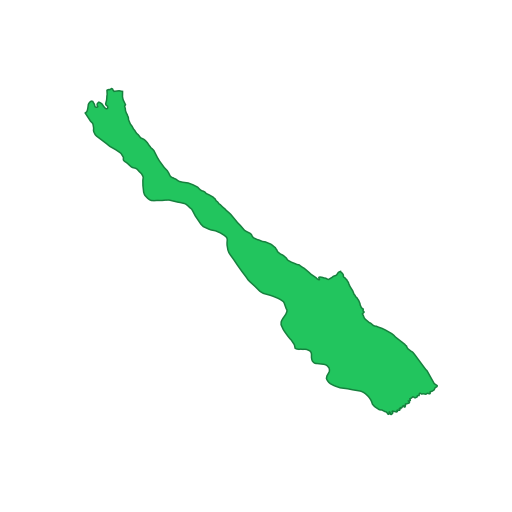 Suaréz, Tolima, Colombia (Natural Earth projection), rotated 302°
{"feature_id": "7082276B98647828485623", "entity_name": "Suaréz", "entity_type": "district", "adm_level": 2, "iso_a3": "COL", "parent_name": "Colombia", "parent_adm1": "Tolima", "projection": "natural_earth1", "projection_center": [-74.802, 4.081], "detail": "fine", "context": "isolated", "style": "filled", "palette": "green", "viewbox_px": 512, "rotation_deg": 302, "n_neighbors": 0, "source": "geoboundaries", "source_scale": "gbopen_adm2", "svg_char_len": 6054}
<svg xmlns="http://www.w3.org/2000/svg" viewBox="0 0 512 512"><g transform="rotate(302 256 256)"><path d="M286.8,34.8L286.8,35.3L282.6,44.3L282.0,47.0L281.2,48.1L278.5,50.5L276.3,51.7L275.4,52.6L273.7,55.3L273.2,57.2L272.1,69.2L271.5,74.0L271.8,80.8L271.6,86.1L271.4,87.3L269.4,91.3L267.6,92.3L267.1,92.8L266.8,93.6L266.6,94.8L266.6,96.7L265.6,102.4L265.5,103.2L265.6,104.4L266.6,107.4L266.6,109.3L265.7,112.3L265.4,114.0L265.0,115.5L263.7,117.8L262.9,118.7L260.3,119.9L255.8,122.8L250.6,126.9L249.1,128.7L248.5,129.8L247.5,133.6L247.3,136.0L247.6,137.8L248.9,140.2L250.6,142.5L253.3,146.9L255.2,149.3L257.4,152.6L260.2,161.0L261.2,163.4L262.7,167.9L262.8,169.2L262.5,171.6L261.9,174.3L261.8,175.4L261.6,176.7L260.4,178.9L257.8,183.3L253.8,192.4L253.0,195.7L253.8,201.9L254.3,204.1L255.9,208.3L256.7,213.4L256.7,218.1L256.4,220.3L256.1,221.3L255.5,222.2L254.4,223.1L251.9,224.4L249.9,225.7L246.3,228.9L244.5,231.2L243.3,233.7L241.2,238.9L238.6,244.7L235.5,252.1L232.7,259.4L231.6,261.8L231.0,264.2L229.8,270.8L228.2,277.7L228.1,279.3L228.2,282.0L230.2,288.8L230.9,291.8L231.8,297.0L232.0,299.7L231.9,302.2L231.8,303.4L231.3,304.5L227.2,309.7L226.8,310.7L225.4,311.6L222.7,312.1L221.3,312.1L217.5,311.9L214.9,312.0L213.4,312.3L211.0,313.7L208.2,317.9L207.0,320.4L205.0,325.3L203.8,328.8L203.5,330.2L201.1,335.5L198.5,338.1L198.7,339.7L199.6,341.9L200.6,343.1L201.5,344.9L202.9,347.0L203.6,348.5L204.1,351.9L203.4,353.9L202.1,355.1L199.2,356.9L197.6,358.4L196.8,359.5L196.3,361.2L196.2,362.3L196.5,363.6L197.2,364.8L200.1,370.9L200.6,372.4L200.7,373.6L200.6,374.9L200.2,376.0L199.7,377.4L198.3,378.7L196.7,379.5L191.9,379.7L189.5,380.6L188.7,381.7L188.0,383.1L187.4,384.7L187.1,386.8L187.4,390.6L187.8,392.8L188.8,397.2L192.0,404.1L193.7,408.7L196.7,415.9L197.1,417.4L197.3,419.7L197.2,421.8L196.6,424.9L196.0,426.9L194.9,429.4L193.7,431.3L192.1,433.2L191.4,435.3L191.1,437.0L191.0,441.9L191.4,443.0L192.1,444.3L192.4,448.0L192.8,448.8L192.5,450.3L191.9,451.4L191.9,452.0L192.0,452.3L192.4,452.5L193.0,452.3L194.1,451.7L194.4,451.7L194.5,452.1L194.3,452.7L193.1,453.9L193.1,454.4L193.4,454.8L195.0,455.2L195.8,454.9L196.2,453.9L196.7,453.9L197.0,454.3L198.1,457.6L198.3,457.9L199.1,458.3L199.4,458.1L199.5,457.5L200.2,457.5L200.8,458.8L201.3,459.5L201.7,459.5L202.0,459.3L202.4,458.5L202.6,458.4L202.9,458.5L203.1,459.4L203.4,459.7L203.7,459.6L204.1,459.2L204.4,459.8L204.8,460.1L206.2,459.9L207.2,460.4L207.5,460.9L207.4,461.1L206.8,461.2L206.5,461.5L206.5,461.8L206.9,462.3L208.1,462.1L209.6,461.2L209.8,461.3L210.3,462.0L212.4,463.7L213.2,463.7L213.4,463.5L213.8,462.2L215.1,463.4L215.5,463.3L215.8,463.0L216.1,462.2L216.4,462.1L217.8,463.0L219.7,463.6L219.9,464.1L219.9,465.7L220.0,466.1L221.7,467.2L222.0,467.3L222.9,466.9L223.5,467.4L224.1,468.2L225.7,467.5L226.3,467.6L226.6,467.9L226.7,469.6L227.4,470.4L227.7,470.6L228.8,473.3L229.9,473.8L230.6,474.4L230.9,475.8L231.3,476.4L232.1,476.4L232.7,475.7L233.0,475.7L233.3,475.8L234.5,476.9L236.4,477.8L236.9,478.0L239.1,477.7L240.0,478.1L240.9,478.6L241.7,478.6L242.1,478.3L242.2,475.3L242.3,474.6L249.0,462.4L249.4,461.6L249.6,460.4L250.3,458.5L256.6,442.5L257.4,440.1L257.5,439.1L257.4,438.0L257.8,434.1L258.5,432.4L259.4,431.4L259.5,429.9L259.9,429.2L261.2,417.0L261.8,414.9L262.1,412.2L261.8,405.0L261.4,401.2L260.5,397.3L260.2,395.2L259.5,394.0L259.4,393.2L259.3,392.1L259.8,388.6L259.5,387.6L260.3,382.1L260.9,380.5L262.5,378.4L263.3,376.9L265.6,377.4L266.0,377.0L266.2,375.8L267.8,375.1L268.0,372.8L269.7,370.3L270.8,369.3L272.8,366.5L273.2,365.3L273.9,364.2L274.3,362.1L275.3,360.4L275.4,359.6L277.7,356.5L280.3,351.2L280.7,350.9L281.3,349.7L282.2,348.8L282.7,348.0L283.6,345.9L284.0,345.5L284.0,344.9L284.6,343.0L284.6,341.8L284.7,341.3L285.0,340.9L286.1,340.2L286.7,339.2L287.1,338.3L287.3,336.5L287.8,335.9L286.5,334.9L285.6,334.5L282.6,334.4L281.8,334.0L279.7,332.3L278.2,331.9L277.8,331.6L274.8,330.1L274.4,329.7L274.2,329.0L274.2,327.5L273.9,326.3L273.5,325.6L273.1,323.8L272.2,321.6L271.6,320.8L271.0,320.7L269.6,322.3L269.3,322.1L269.0,321.2L269.0,320.2L269.4,318.4L269.7,312.0L270.2,309.6L271.1,303.4L271.0,301.4L271.1,300.3L271.1,298.9L271.3,297.7L271.3,297.2L270.5,295.2L270.2,292.9L269.5,289.3L269.3,285.5L269.5,284.3L270.1,283.4L270.3,282.9L270.9,279.2L270.9,277.7L270.6,275.7L271.0,272.4L271.4,271.5L272.2,270.4L272.7,269.0L273.3,268.0L273.5,266.0L273.8,264.3L273.9,262.3L272.9,256.4L271.7,253.7L271.1,249.9L270.6,248.5L270.1,244.1L270.8,242.2L271.8,240.7L272.1,238.9L271.7,234.9L271.7,232.6L273.6,226.5L274.5,222.7L277.9,212.6L278.4,210.1L279.0,206.2L279.4,205.1L279.9,201.4L280.6,198.5L280.6,197.1L281.5,194.8L281.7,192.9L282.8,190.9L282.9,189.6L283.2,188.4L283.0,183.8L282.6,180.6L283.1,179.0L283.1,177.8L283.0,176.8L282.6,175.5L282.6,173.7L282.9,172.1L283.4,170.3L283.4,169.3L283.2,167.3L283.0,164.9L282.0,159.8L279.6,154.5L278.6,151.4L278.5,150.0L278.7,147.3L278.3,144.9L278.4,144.2L278.1,143.6L278.1,141.9L278.5,140.5L280.0,138.2L281.3,135.6L282.4,131.3L285.4,123.8L287.3,120.1L291.3,113.5L291.9,111.2L292.0,110.0L292.2,109.2L292.8,108.0L293.0,107.1L294.5,103.8L295.2,101.3L295.4,100.2L295.5,98.9L295.1,95.5L296.4,91.9L296.7,89.9L297.4,88.2L298.2,86.7L298.7,85.0L300.4,82.0L301.4,79.4L304.1,75.6L305.4,74.7L306.1,74.0L307.1,72.4L307.5,72.1L308.7,70.0L310.2,68.2L311.7,67.1L313.3,65.3L313.7,65.1L315.1,65.2L317.9,60.8L318.8,59.8L320.3,58.4L324.9,55.6L324.2,54.1L323.9,53.0L323.1,51.7L320.4,48.4L320.6,48.2L320.7,47.2L321.6,45.8L321.5,44.8L319.6,43.9L319.0,43.0L319.1,42.9L318.2,42.1L317.5,42.1L317.4,41.9L314.1,44.2L312.6,44.8L311.0,45.7L309.0,46.7L305.5,47.8L305.0,48.2L304.5,49.0L304.3,50.8L303.3,51.7L302.4,51.8L301.7,51.3L301.5,50.9L301.4,50.0L302.2,47.3L302.9,45.8L303.4,44.5L303.4,42.5L303.2,41.2L301.8,40.8L301.1,40.7L300.4,40.9L299.8,41.3L298.8,42.7L298.4,42.7L298.1,42.4L297.5,41.8L297.3,41.1L297.3,40.5L297.5,40.1L299.1,38.5L299.9,36.8L300.4,36.0L300.6,35.6L300.5,35.3L300.1,34.3L299.7,34.0L298.3,33.5L296.7,33.4L295.7,33.5L292.6,34.9L290.7,35.6L289.0,36.0L288.0,35.9L287.4,35.6L287.0,35.3L286.8,34.8Z" fill="#22c55e" stroke="#15803d" stroke-width="1.5"/></g></svg>